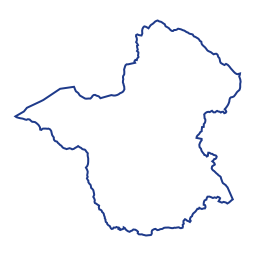 outline of Livramento de Nossa Senhora, Bahia, Brazil
{"feature_id": "56859067B83597278126172", "entity_name": "Livramento de Nossa Senhora", "entity_type": "district", "adm_level": 2, "iso_a3": "BRA", "parent_name": "Brazil", "parent_adm1": "Bahia", "projection": "albers", "projection_center": [-41.976, -13.8], "detail": "fine", "context": "isolated", "style": "outline", "palette": "blue", "viewbox_px": 256, "rotation_deg": 0, "n_neighbors": 0, "source": "geoboundaries", "source_scale": "gbopen_adm2", "svg_char_len": 5830}
<svg xmlns="http://www.w3.org/2000/svg" viewBox="0 0 256 256"><path d="M137.2,58.5L136.8,60.1L135.4,59.9L134.4,61.3L135.1,62.8L128.2,64.3L126.6,64.3L125.5,65.3L125.0,66.6L124.6,67.9L124.1,69.5L124.3,71.4L124.3,73.1L124.2,74.4L123.1,76.2L123.0,77.7L123.3,79.2L123.0,80.6L122.9,82.4L123.5,84.0L123.7,85.2L124.2,86.5L124.3,88.1L124.4,89.3L123.5,91.0L122.6,92.0L121.3,92.7L119.9,93.3L118.8,94.2L117.8,94.7L116.8,95.1L115.2,95.5L113.5,95.5L111.3,95.1L100.4,98.2L99.2,96.7L98.1,96.1L96.6,95.7L95.1,94.9L93.8,95.0L92.6,95.8L91.9,97.0L90.5,98.5L89.0,98.5L86.2,98.7L85.0,98.5L80.0,95.6L79.2,94.6L78.4,93.2L77.3,92.3L75.9,91.3L74.9,89.1L74.5,87.9L74.0,86.8L60.1,88.8L43.3,100.0L40.3,101.5L26.9,107.8L23.9,111.5L15.4,116.4L16.5,117.2L18.5,117.8L20.6,118.3L22.1,118.5L23.3,118.8L25.1,119.5L26.5,119.8L27.9,119.2L29.6,119.5L30.7,120.6L32.2,121.8L33.9,121.9L35.2,122.2L36.3,123.0L37.5,124.0L38.7,125.2L40.0,127.4L40.2,129.6L41.4,129.9L42.4,128.8L43.5,128.6L46.0,128.6L47.2,128.8L48.5,128.6L50.1,129.4L51.2,131.0L51.7,133.2L52.1,134.9L52.8,136.1L53.8,137.4L53.8,139.0L54.2,140.1L55.2,141.1L57.0,141.6L58.0,143.0L58.9,143.7L59.9,144.8L61.3,145.7L62.7,147.5L64.2,148.3L65.4,148.6L66.5,149.1L69.6,148.2L71.1,148.7L72.1,149.3L73.7,148.9L75.5,147.7L76.7,147.1L78.1,146.1L79.6,147.2L81.1,147.9L82.1,148.9L83.2,149.4L84.7,149.6L85.5,150.3L86.4,151.7L87.8,153.3L87.6,154.9L87.8,156.5L88.2,158.3L88.2,159.8L88.2,161.8L88.1,163.0L87.9,164.3L87.2,166.1L85.9,167.6L87.0,169.5L87.7,171.5L87.6,173.2L87.3,174.3L87.2,175.6L87.7,176.9L86.9,178.3L87.5,179.5L88.3,180.6L88.4,182.3L89.5,183.9L90.4,184.6L90.8,185.7L91.1,187.8L92.5,189.1L93.3,190.2L94.0,193.3L94.2,194.9L93.3,196.9L94.2,198.4L94.8,200.1L94.5,201.8L94.9,203.0L96.1,203.6L97.8,204.8L99.1,205.6L98.8,207.3L99.3,209.4L100.6,209.8L101.6,210.6L102.1,212.0L103.0,212.7L103.7,213.7L104.1,215.5L104.8,217.2L104.8,218.4L105.5,219.5L105.5,220.6L105.8,221.9L107.0,222.9L107.3,224.1L108.4,225.3L109.7,226.0L110.9,228.3L111.8,229.0L113.0,228.6L113.6,227.6L115.4,227.6L116.5,227.0L117.5,227.5L118.7,227.5L119.9,228.7L118.9,229.2L120.2,230.0L121.8,229.4L123.6,228.7L123.7,227.4L124.9,228.1L125.8,229.6L126.9,230.5L128.1,231.3L129.6,231.8L130.7,231.1L132.2,230.5L133.3,229.5L135.3,229.7L136.8,230.6L138.0,231.7L137.7,233.2L138.9,234.3L140.8,234.4L141.9,234.3L143.1,234.8L144.5,235.1L146.0,235.5L148.8,235.2L150.2,235.1L151.2,234.8L151.8,233.5L151.7,231.6L152.1,230.4L153.3,229.6L154.3,229.1L155.5,228.9L156.4,229.5L157.3,230.1L158.8,229.9L160.2,229.2L162.3,228.9L164.1,227.8L165.7,227.6L166.9,227.6L168.3,227.5L171.6,228.1L173.1,228.1L174.3,227.7L175.5,227.8L177.2,227.5L178.8,227.3L179.8,227.9L180.9,228.2L182.6,227.7L182.9,226.4L182.7,224.8L183.8,223.7L183.4,222.3L183.5,220.9L185.0,219.2L186.1,219.8L187.1,220.7L188.7,221.3L189.9,222.0L190.7,220.9L189.9,219.2L190.6,217.3L192.1,216.1L192.4,214.9L193.1,213.6L195.4,211.6L196.6,210.0L197.4,208.8L198.6,208.9L199.3,207.8L200.3,208.4L201.9,209.0L203.7,208.4L204.9,208.4L205.5,207.2L205.4,206.0L204.9,205.0L203.7,204.8L203.7,203.3L204.0,201.7L204.6,200.4L206.4,199.6L206.7,198.2L207.5,196.7L209.4,196.6L210.9,197.1L212.9,198.0L214.6,197.4L216.3,197.9L217.7,196.8L219.2,197.4L220.1,198.2L219.4,199.9L218.6,201.3L220.1,201.9L221.9,202.6L223.6,201.9L225.9,202.5L227.3,203.5L229.0,202.5L230.3,201.4L231.6,200.2L232.8,199.4L227.5,187.3L226.6,186.4L225.9,185.3L224.6,184.3L222.9,183.1L222.3,181.9L221.0,178.2L220.8,177.1L219.7,176.0L218.4,175.2L217.6,174.2L216.7,173.6L215.4,172.3L214.2,171.1L213.1,170.4L212.2,169.4L211.7,168.3L212.1,166.4L213.5,165.4L214.8,164.6L214.5,163.4L213.4,162.2L212.3,161.3L213.3,160.5L214.2,159.1L215.5,158.9L216.3,157.9L216.7,156.6L216.0,155.6L214.9,155.2L213.5,154.9L212.4,153.9L211.1,153.8L209.5,152.8L208.3,152.7L208.0,154.3L207.9,155.8L206.8,156.5L205.7,155.2L204.4,155.0L203.8,153.8L202.9,152.8L202.2,151.8L201.5,150.7L201.0,148.8L199.6,147.1L199.3,144.8L199.9,143.1L200.7,141.5L201.7,140.2L201.6,138.9L196.5,137.9L196.8,136.5L197.7,135.3L198.8,134.4L199.7,133.2L200.2,132.2L201.7,131.2L201.7,129.6L201.9,128.5L202.0,127.1L203.7,126.9L203.8,124.1L204.6,123.2L205.1,122.2L205.4,120.8L205.3,119.3L204.6,118.3L204.4,115.7L204.2,114.4L205.4,113.1L206.7,112.2L208.2,111.8L209.7,112.1L210.7,111.5L212.0,110.8L213.5,112.3L215.2,112.3L216.1,111.5L217.1,110.9L218.3,111.5L219.6,111.7L220.8,112.5L221.8,111.9L223.2,111.7L224.3,113.2L225.6,112.8L226.3,111.8L225.7,110.3L224.7,109.2L225.8,108.0L227.0,106.4L228.0,104.8L228.7,103.3L229.3,101.5L229.5,99.7L230.0,98.2L231.0,97.3L232.4,97.1L233.9,96.4L234.9,95.2L235.9,93.8L236.6,92.7L237.4,91.7L239.4,90.0L239.9,88.8L240.2,87.2L240.2,83.8L240.6,81.8L240.3,79.6L239.2,76.3L239.8,74.9L240.0,73.5L238.9,73.8L237.8,74.2L236.7,74.0L235.3,73.2L234.0,72.0L233.1,71.0L230.7,68.3L230.0,67.3L228.9,66.0L227.7,64.8L226.0,63.9L224.5,65.0L223.4,64.5L221.5,63.4L220.6,62.7L220.1,61.5L219.8,59.7L219.4,58.2L218.2,56.8L217.6,54.8L216.5,53.8L215.1,53.8L213.6,54.3L212.3,53.3L210.9,52.2L208.4,51.1L207.4,50.4L206.7,49.5L206.0,48.5L204.9,47.2L203.6,46.1L202.2,44.7L201.6,43.6L201.3,41.7L199.8,40.8L199.1,39.5L197.8,38.3L196.8,37.8L195.4,36.9L194.1,36.5L193.3,35.6L192.7,34.5L191.4,34.1L189.9,33.8L188.8,33.3L187.7,32.4L186.5,32.1L185.6,31.4L184.3,30.6L182.9,30.2L180.9,29.3L178.1,28.7L177.0,29.5L175.8,30.0L174.1,30.0L173.2,30.9L172.1,31.0L171.0,30.4L170.0,29.5L168.9,28.2L167.5,27.3L165.6,26.3L164.7,24.2L163.5,23.5L162.3,22.6L161.0,21.8L159.2,21.4L157.7,20.5L156.4,20.9L155.1,21.6L154.0,22.7L152.5,24.0L151.4,24.6L150.4,25.5L148.5,28.3L147.2,27.5L145.7,26.7L144.3,26.4L143.3,27.3L142.5,28.8L142.1,30.8L142.2,31.9L142.3,33.6L141.5,35.5L140.0,35.3L138.6,35.0L137.4,34.4L136.2,35.0L136.0,36.3L136.5,37.4L136.8,38.5L136.9,39.6L136.7,41.0L136.1,42.1L137.1,43.4L138.0,45.1L137.0,45.8L137.2,47.6L137.8,49.7L137.0,51.0L138.4,52.3L138.3,53.9L138.0,55.4L138.5,57.0L137.2,58.5Z" fill="none" stroke="#1e3a8a" stroke-width="2"/></svg>